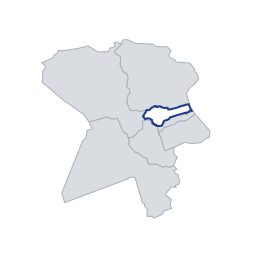 map of Benin with Mali, Niger, Nigeria and 3 others greyed out, rotated 254°
{"feature_id": "BEN", "entity_name": "Benin", "entity_type": "country or territory", "adm_level": 0, "iso_a3": "BEN", "parent_name": "Africa", "parent_adm1": "", "projection": "natural_earth1", "projection_center": [2.346, 9.3], "detail": "fine", "context": "with_neighbors", "style": "outline", "palette": "blue", "viewbox_px": 256, "rotation_deg": 254, "n_neighbors": 6, "source": "natural_earth", "source_scale": "50m", "svg_char_len": 4883}
<svg xmlns="http://www.w3.org/2000/svg" viewBox="0 0 256 256"><g transform="rotate(254 128 128)"><path d="M38.7,148.0L38.2,139.7L35.7,137.5L34.2,128.1L36.5,126.6L37.7,122.0L44.5,124.0L48.3,122.5L50.9,123.0L51.9,121.2L78.8,121.1L80.3,115.6L79.2,114.6L73.7,46.6L83.8,46.4L128.2,80.9L129.8,84.6L137.0,88.1L137.1,93.1L144.5,92.3L144.5,110.5L140.9,115.7L140.3,120.6L125.2,122.5L122.7,125.3L114.1,125.7L112.5,124.1L108.8,125.3L102.5,128.5L101.2,131.0L95.9,134.5L95.0,136.5L92.2,138.1L89.0,137.1L87.1,139.0L86.1,144.4L80.7,150.9L80.8,153.6L79.0,156.9L79.4,161.4L75.0,163.6L74.0,160.2L70.9,161.0L69.6,163.3L61.6,162.7L59.6,160.5L60.0,158.1L59.2,157.2L57.7,158.0L59.4,153.4L54.4,146.2L53.1,146.0L47.4,149.9L41.5,147.0L38.7,148.0Z" fill="#d9dde1" stroke="#a8b0b8" stroke-width="1"/><path d="M214.4,63.1L216.3,75.4L218.8,77.4L219.0,79.9L221.8,82.6L220.4,86.0L218.2,102.0L218.0,112.3L209.6,119.7L206.8,130.0L209.7,132.9L209.7,138.0L214.0,138.2L213.4,141.9L211.5,142.3L211.3,144.8L210.1,145.0L205.4,136.4L203.8,136.1L198.6,140.5L189.8,137.7L187.8,138.8L183.9,138.6L180.0,142.0L176.5,142.1L168.4,138.1L165.2,140.0L161.8,139.9L159.2,136.9L152.5,134.0L145.2,134.9L143.5,136.6L142.6,141.1L140.6,144.3L140.2,151.3L135.0,146.8L132.6,146.8L130.4,149.1L130.5,143.7L122.8,141.9L122.6,138.1L118.8,133.0L117.9,129.4L118.4,125.6L122.7,125.3L125.2,122.5L140.3,120.6L140.9,115.7L144.5,110.5L144.5,92.3L153.8,88.8L173.0,73.3L195.4,58.3L205.9,61.7L209.8,66.0L214.4,63.1Z" fill="#d9dde1" stroke="#a8b0b8" stroke-width="1"/><path d="M134.0,193.7L134.2,176.1L135.5,171.1L140.8,163.9L140.1,161.7L141.4,158.6L139.9,153.9L140.6,144.3L142.6,141.1L143.5,136.6L145.2,134.9L152.5,134.0L159.2,136.9L161.8,139.9L165.2,140.0L168.4,138.1L176.5,142.1L180.0,142.0L183.9,138.6L187.8,138.8L189.8,137.7L198.6,140.5L203.8,136.1L205.4,136.4L210.1,145.0L211.3,144.8L214.0,148.0L213.0,152.0L207.4,158.1L202.0,174.4L198.4,177.7L195.2,188.1L190.6,190.7L186.8,187.5L184.2,187.6L180.2,192.2L178.3,192.3L173.3,205.4L166.3,208.2L163.7,207.8L161.1,209.6L155.7,209.4L152.1,204.5L149.9,198.8L145.1,193.6L134.0,193.7Z" fill="#d9dde1" stroke="#a8b0b8" stroke-width="1"/><path d="M121.9,156.5L121.0,160.7L125.4,165.7L125.7,169.6L127.1,171.2L126.7,189.2L128.4,194.6L123.0,196.3L119.6,188.6L119.1,184.7L120.6,177.6L118.9,174.7L118.3,162.9L115.5,158.8L116.0,156.4L121.9,156.5Z" fill="#d9dde1" stroke="#a8b0b8" stroke-width="1"/><path d="M116.0,156.4L115.5,158.8L118.3,162.9L118.9,174.7L120.6,177.6L119.1,184.7L119.6,188.6L123.0,196.3L102.5,205.9L96.4,203.6L96.7,200.6L93.8,193.8L95.6,184.9L98.5,178.3L95.8,161.3L96.0,156.8L116.0,156.4Z" fill="#d9dde1" stroke="#a8b0b8" stroke-width="1"/><path d="M79.4,161.4L79.0,156.9L80.8,153.6L80.7,150.9L86.1,144.4L87.1,139.0L89.0,137.1L92.2,138.1L95.0,136.5L95.9,134.5L101.2,131.0L102.5,128.5L108.8,125.3L112.5,124.1L114.1,125.7L118.4,125.6L117.9,129.4L118.8,133.0L122.6,138.1L122.8,141.9L130.5,143.7L130.4,149.1L128.9,151.5L125.6,152.2L124.2,155.6L121.9,156.5L112.9,155.7L110.7,157.0L96.0,156.8L96.7,167.2L92.1,165.1L89.0,165.4L86.6,167.4L79.4,161.4Z" fill="#d9dde1" stroke="#a8b0b8" stroke-width="1"/><path d="M126.8,194.1L126.7,193.8L127.8,193.4L127.6,192.4L126.9,191.2L126.6,191.0L126.5,190.4L126.6,190.0L126.5,189.7L126.5,188.9L126.1,188.0L126.8,187.9L126.8,185.0L126.8,182.2L126.8,179.8L126.8,177.9L126.7,175.7L126.6,174.0L126.6,171.8L126.4,171.1L125.4,170.0L125.2,169.4L125.1,168.6L124.9,167.8L124.9,166.3L124.9,164.6L124.8,164.4L123.8,163.6L122.3,162.5L121.2,161.6L121.0,161.3L121.1,158.8L121.4,158.4L121.7,157.4L121.9,156.6L122.1,156.6L122.3,156.3L122.5,155.9L122.7,156.0L123.0,156.0L123.2,155.9L123.1,155.6L123.2,155.3L123.5,155.1L123.6,154.8L123.6,154.5L123.8,154.4L124.2,154.5L124.5,154.3L124.7,154.2L125.0,153.5L125.2,153.3L125.3,153.1L125.5,153.0L126.0,152.9L126.4,153.0L126.6,153.4L128.4,153.0L129.2,153.2L130.9,151.6L131.3,151.1L131.8,149.9L131.9,149.5L132.1,148.7L131.8,147.2L131.8,146.9L132.5,146.6L133.4,146.3L133.7,146.3L133.9,146.2L134.2,145.9L134.7,145.6L135.1,145.7L135.2,145.8L137.1,147.7L137.9,148.7L138.1,149.2L138.5,149.6L139.1,149.8L139.6,150.3L140.1,151.0L139.8,151.5L139.4,152.6L139.4,153.4L140.4,155.1L140.5,155.3L140.8,155.6L140.9,155.9L141.0,156.7L141.1,157.7L141.2,158.3L141.7,159.2L141.7,159.6L141.4,160.9L141.3,161.1L141.2,161.1L140.7,161.0L140.4,161.1L140.1,161.6L140.0,162.1L140.4,163.1L140.1,164.3L139.8,165.1L139.3,165.5L138.8,165.6L138.5,165.8L138.3,166.1L138.3,167.0L137.6,167.8L137.2,168.3L137.0,168.7L137.1,169.7L136.8,170.7L136.4,171.6L135.4,171.7L134.6,171.8L134.3,173.9L134.3,175.2L134.2,176.6L134.1,177.1L134.1,177.9L134.1,179.7L134.0,181.1L134.1,181.4L134.2,182.2L134.2,183.1L134.4,183.7L134.6,184.2L134.6,184.4L134.5,184.6L134.4,184.8L134.4,186.8L134.4,187.4L134.4,187.8L134.2,188.1L134.3,189.1L134.4,189.7L134.6,190.2L134.4,190.6L134.3,191.1L134.1,192.4L134.1,192.9L131.3,193.2L128.1,193.7L126.8,194.1Z" fill="none" stroke="#1e3a8a" stroke-width="2"/></g></svg>